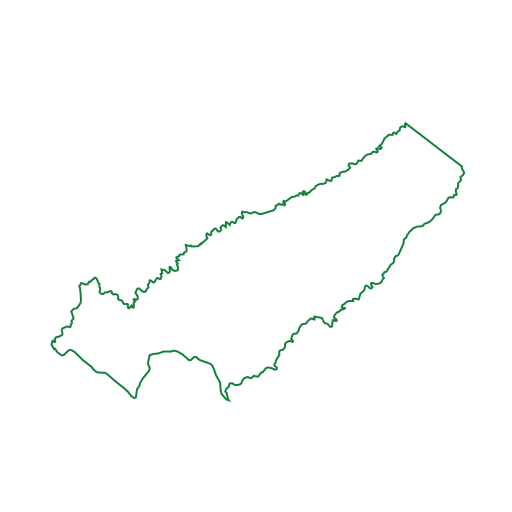 Alcalá, Valle del Cauca, Colombia, rotated 313°
{"feature_id": "7082276B36252942932690", "entity_name": "Alcalá", "entity_type": "district", "adm_level": 2, "iso_a3": "COL", "parent_name": "Colombia", "parent_adm1": "Valle del Cauca", "projection": "natural_earth1", "projection_center": [-75.779, 4.685], "detail": "fine", "context": "isolated", "style": "outline", "palette": "green", "viewbox_px": 512, "rotation_deg": 313, "n_neighbors": 0, "source": "geoboundaries", "source_scale": "gbopen_adm2", "svg_char_len": 6113}
<svg xmlns="http://www.w3.org/2000/svg" viewBox="0 0 512 512"><g transform="rotate(313 256 256)"><path d="M455.1,274.9L453.8,275.1L452.9,276.8L452.0,277.2L450.8,274.7L449.2,273.9L448.1,273.9L445.9,275.3L443.6,274.8L440.8,275.3L440.7,273.2L440.1,272.5L439.4,272.4L437.7,273.3L435.5,270.6L429.6,269.8L424.3,271.5L420.3,271.2L421.2,273.4L420.1,274.3L419.2,274.1L417.8,271.5L416.6,270.7L416.1,271.3L415.9,273.2L414.7,274.0L413.9,273.5L412.9,271.2L411.3,270.3L409.3,270.6L406.7,268.6L404.7,267.7L400.2,267.6L397.5,268.3L395.5,265.7L393.0,266.6L391.7,266.5L390.2,265.4L389.2,262.9L386.8,261.1L385.5,261.8L384.7,264.6L381.7,264.6L378.4,263.5L376.8,262.0L374.1,260.8L373.0,261.0L372.1,262.2L371.0,262.3L369.5,260.4L367.5,259.9L365.4,258.3L364.6,258.4L362.9,259.8L362.2,259.7L361.4,259.0L360.2,255.4L358.4,256.6L356.7,257.1L353.9,255.4L352.6,253.8L349.7,252.5L347.4,252.1L345.2,252.7L342.1,251.7L339.1,251.8L337.6,250.9L335.3,251.3L334.9,250.3L336.0,249.3L336.4,247.6L335.5,246.4L334.8,246.6L333.6,248.9L332.9,248.9L332.6,246.2L331.8,245.1L328.6,245.6L327.8,244.1L326.2,244.0L323.5,241.9L315.9,240.5L315.2,238.7L314.0,239.1L313.7,242.1L312.7,242.4L312.1,241.7L312.0,240.4L310.2,238.8L310.3,237.7L309.9,237.1L308.1,237.0L306.4,236.1L304.0,237.8L301.4,237.7L290.5,231.4L288.7,229.3L287.7,225.8L287.1,224.9L283.3,223.0L281.7,219.1L280.3,218.0L279.0,215.7L277.7,216.3L275.9,220.0L274.4,220.7L273.9,220.2L274.0,217.8L272.7,216.9L269.7,216.8L266.2,218.4L265.2,217.5L265.0,215.6L264.4,214.9L262.6,214.8L260.8,215.6L260.7,211.6L260.3,210.9L256.6,214.1L256.4,211.8L255.8,210.6L252.5,210.6L251.1,212.9L249.1,212.7L248.0,211.5L248.7,208.3L248.3,207.5L246.7,206.9L245.0,207.2L243.7,206.6L242.8,207.0L241.3,208.5L240.4,208.6L239.8,208.1L239.2,204.8L238.2,204.8L236.9,205.8L235.7,208.4L230.6,208.0L227.2,207.1L227.3,207.7L223.5,206.8L219.1,202.5L219.2,201.0L217.9,200.6L216.1,197.2L213.8,200.5L211.9,201.9L209.4,201.2L207.8,201.9L205.0,199.3L203.1,199.9L201.5,198.8L200.6,198.7L200.2,199.3L200.3,202.5L198.0,200.9L197.3,201.8L197.2,203.8L195.3,204.5L195.2,205.7L193.5,208.0L191.9,208.3L190.0,207.1L189.0,205.3L188.9,203.9L189.7,201.5L189.4,200.5L188.7,200.5L185.8,203.7L184.5,203.8L183.5,203.2L183.4,198.9L181.7,196.0L179.4,199.2L177.8,198.5L176.5,200.9L174.2,201.9L173.6,201.5L173.0,199.3L172.5,198.7L167.0,199.5L166.6,198.8L166.3,195.5L165.7,194.9L163.2,196.5L161.3,196.5L159.7,198.8L157.1,198.7L154.6,199.6L152.7,197.8L152.5,192.5L151.2,191.5L146.8,192.9L145.9,196.8L144.1,198.7L142.9,198.7L141.6,196.4L140.9,196.1L140.4,196.6L140.3,198.6L138.5,198.3L135.3,201.5L134.7,201.6L134.2,200.3L135.2,199.6L135.1,198.9L131.2,198.8L130.8,198.3L130.9,197.5L133.2,195.3L133.0,194.6L130.9,192.3L131.0,191.1L131.8,189.1L131.6,187.6L130.5,185.5L130.5,184.3L132.2,183.1L133.1,181.3L132.5,179.4L130.8,178.2L130.5,177.3L130.5,175.9L131.4,175.0L131.5,174.2L131.0,173.3L128.0,172.2L126.3,170.3L123.8,170.2L122.7,168.4L122.7,167.2L123.3,165.7L125.5,164.9L127.4,161.6L128.9,160.4L128.7,159.0L130.6,155.6L130.7,153.8L130.0,152.7L128.8,153.0L126.0,152.3L124.3,152.5L123.2,151.4L120.4,152.3L119.8,151.3L118.6,150.7L117.7,147.6L116.7,146.5L115.3,147.3L113.6,147.1L112.2,149.6L108.2,154.1L104.1,158.3L101.5,159.9L95.8,160.6L93.0,158.8L89.6,158.6L85.9,165.3L82.8,165.3L81.5,167.1L79.5,167.3L78.0,168.6L77.0,168.4L76.2,166.6L75.2,165.7L71.1,163.9L69.4,164.3L67.3,167.4L65.7,168.1L64.1,167.2L62.5,167.0L61.3,165.7L60.1,165.2L57.5,165.6L56.7,167.4L56.2,167.7L55.6,167.4L55.3,165.3L54.6,165.2L51.8,166.8L50.2,171.8L51.1,172.1L50.1,177.0L50.9,181.6L52.2,182.9L58.6,183.3L60.4,183.9L61.2,185.1L62.1,188.6L61.8,200.5L62.8,211.2L62.2,214.7L62.4,218.1L62.9,219.8L67.5,225.1L68.1,227.6L68.5,240.1L69.3,248.2L69.4,254.8L68.5,260.8L69.1,263.9L70.6,264.6L77.4,259.9L81.3,259.3L84.8,257.6L89.4,256.7L99.3,256.0L101.5,254.8L103.4,250.8L104.2,249.9L110.8,245.9L114.1,247.6L118.1,251.0L123.3,253.7L127.9,258.8L130.7,260.4L132.4,263.2L133.9,269.3L134.2,278.3L135.7,279.4L139.7,279.6L141.2,280.7L141.5,285.7L146.0,296.1L146.0,298.4L144.8,302.0L141.5,308.1L139.0,316.1L133.6,321.8L131.7,324.8L130.9,330.8L131.1,332.7L131.9,334.5L132.2,333.1L135.7,328.1L135.9,325.9L138.6,324.9L142.1,325.2L143.9,323.9L144.8,323.8L146.7,325.3L147.0,327.6L148.3,329.8L150.8,331.7L152.5,332.1L156.5,330.7L159.0,330.8L161.7,332.4L163.3,335.8L167.1,336.2L167.7,337.8L169.2,339.8L173.8,339.3L175.0,339.5L175.7,340.2L180.1,339.8L182.0,340.3L183.1,341.3L184.5,343.8L185.8,347.5L187.4,348.3L188.6,347.2L188.4,344.5L189.1,343.5L191.7,342.8L193.2,341.8L199.5,340.6L201.9,338.2L203.5,338.0L205.8,339.7L208.7,339.4L211.9,337.1L213.2,337.0L216.5,338.3L217.3,339.3L217.9,341.0L218.6,341.3L219.2,340.6L219.6,338.0L223.6,336.4L224.5,336.5L227.2,338.6L230.5,338.1L232.2,337.0L236.6,336.1L238.4,336.8L240.6,338.7L243.3,338.3L247.6,338.6L249.4,342.1L250.1,341.7L250.8,340.1L251.6,340.1L255.6,346.5L254.0,350.7L253.9,352.0L255.2,355.0L254.8,358.4L255.7,359.5L257.0,359.3L258.4,357.8L259.7,357.3L261.3,355.9L261.9,356.2L262.9,358.7L263.8,359.2L264.4,358.3L264.2,354.9L266.5,353.7L270.0,353.7L272.7,355.0L274.2,354.6L277.0,356.5L278.4,356.7L278.5,356.1L277.2,354.9L276.9,353.9L277.8,353.0L279.2,352.7L281.4,353.4L284.7,353.6L287.6,355.7L289.4,357.8L290.8,356.3L292.2,357.3L294.4,360.7L299.9,358.0L304.4,358.6L308.4,356.6L309.5,356.7L310.2,358.6L310.1,361.2L310.8,362.3L312.5,362.5L313.7,359.3L314.6,358.8L315.7,359.5L317.1,362.5L318.5,363.9L320.4,365.1L322.8,365.5L325.3,364.5L327.1,364.6L328.0,361.7L328.6,361.1L330.2,361.4L331.6,360.9L333.7,362.1L341.1,360.5L344.5,361.1L345.6,360.9L346.8,360.4L348.2,358.8L350.0,358.4L351.3,358.3L353.0,359.3L354.3,359.3L366.1,355.2L368.9,352.9L371.7,353.4L374.5,352.3L378.2,351.8L383.3,352.0L387.2,353.7L391.5,357.4L394.5,357.3L398.1,359.2L400.4,359.8L404.1,359.8L408.0,359.2L409.5,359.8L410.8,361.2L413.6,361.5L415.1,360.5L417.1,357.6L419.3,356.5L424.2,358.1L426.1,358.0L429.8,357.0L430.9,357.5L433.1,360.2L434.0,360.2L435.7,359.3L437.7,360.9L439.7,357.9L441.4,356.7L442.3,357.1L443.8,356.9L447.4,354.1L451.1,354.3L452.0,353.5L452.6,352.0L453.4,351.7L455.9,352.2L458.5,351.8L459.4,350.2L460.3,347.0L461.9,345.4L455.1,274.9Z" fill="none" stroke="#15803d" stroke-width="2"/></g></svg>